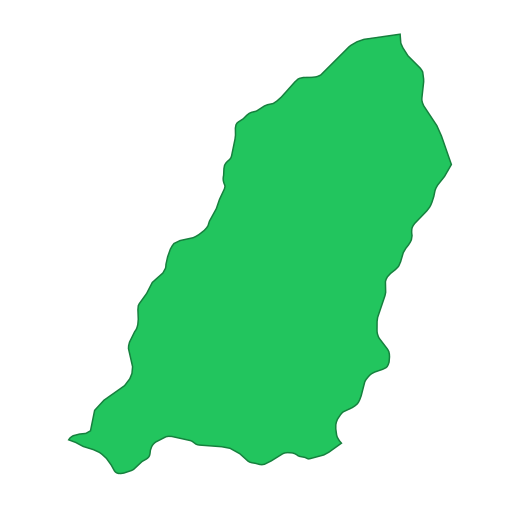 map outline of Lavalleja (Robinson projection), rotated 175°
{"feature_id": "URY-19", "entity_name": "Lavalleja", "entity_type": "Department", "adm_level": 1, "iso_a3": "URY", "parent_name": "Uruguay", "parent_adm1": "", "projection": "robinson", "projection_center": [-54.924, -33.979], "detail": "fine", "context": "isolated", "style": "filled", "palette": "green", "viewbox_px": 512, "rotation_deg": 175, "n_neighbors": 0, "source": "natural_earth", "source_scale": "10m", "svg_char_len": 2970}
<svg xmlns="http://www.w3.org/2000/svg" viewBox="0 0 512 512"><g transform="rotate(175 256 256)"><path d="M53.4,330.1L61.3,318.8L68.8,310.9L70.7,308.2L71.9,305.8L73.7,299.8L76.0,294.3L77.4,291.6L78.8,289.5L82.0,286.0L95.1,274.6L96.8,272.6L98.0,270.6L98.5,268.9L98.8,266.9L98.9,265.1L98.8,262.7L99.8,258.6L101.1,256.4L103.0,253.9L106.1,250.6L109.0,246.5L112.4,237.8L114.6,233.7L115.7,232.5L118.1,230.5L123.5,226.9L126.9,223.8L128.4,221.5L129.3,219.2L130.0,208.5L131.0,205.2L140.2,184.2L141.1,180.2L141.9,171.7L142.0,169.7L141.8,167.7L141.4,166.0L140.9,164.3L140.2,162.9L133.3,152.0L132.6,150.6L132.0,149.0L131.7,146.7L131.8,143.8L132.7,138.7L133.8,136.2L135.0,134.4L136.3,133.4L139.4,132.2L148.0,130.0L151.1,128.7L152.8,127.6L154.6,126.0L157.2,123.3L158.6,121.2L163.4,107.6L165.2,103.8L166.6,101.5L167.2,100.8L167.4,100.6L167.5,100.4L168.2,99.7L170.5,98.1L173.3,96.6L182.6,93.2L184.1,92.1L185.8,90.4L189.0,86.4L190.4,83.6L191.2,81.0L191.6,76.8L191.3,70.8L191.0,69.0L190.4,67.4L189.0,64.6L187.2,62.1L200.5,54.2L205.8,51.9L219.9,49.4L221.4,49.3L222.2,49.6L224.8,51.1L230.1,52.6L231.6,53.4L232.8,54.5L234.6,55.7L237.0,56.7L241.8,57.4L244.5,57.3L246.6,56.7L258.8,50.5L265.7,47.8L268.4,47.6L270.5,48.0L274.6,49.5L278.1,50.4L280.2,51.2L281.8,52.3L289.3,60.4L298.6,66.7L306.8,69.0L328.9,72.6L330.7,73.1L332.2,73.8L335.8,77.0L337.3,77.8L355.7,83.6L358.9,84.0L361.4,83.8L372.2,79.4L373.5,78.5L374.7,77.5L375.8,76.3L376.7,74.9L378.1,71.8L378.9,68.1L379.5,66.4L380.4,65.1L381.7,64.0L383.1,63.2L386.2,61.8L387.6,61.1L396.5,54.1L398.6,53.2L406.5,51.3L409.6,51.1L412.1,51.4L413.7,52.1L414.9,53.1L415.8,54.4L418.5,60.5L422.6,67.4L426.8,72.0L429.1,74.0L434.9,77.3L444.7,81.3L451.9,86.0L458.6,89.2L457.3,90.8L455.7,91.9L453.8,92.9L447.3,94.0L440.9,94.1L436.1,96.3L430.2,116.3L420.0,125.6L398.2,138.3L392.4,144.7L389.8,149.8L388.6,156.5L391.1,174.9L390.7,177.7L389.5,181.2L383.5,191.1L381.7,193.3L380.7,195.3L379.7,198.0L378.8,203.2L378.3,212.9L377.6,216.7L376.4,218.7L368.2,228.2L361.6,238.7L350.2,247.2L347.2,251.7L346.7,253.6L346.4,255.6L344.1,262.9L340.7,270.3L338.5,273.5L336.6,275.6L330.3,278.0L317.0,279.7L314.3,280.7L311.0,282.3L305.3,286.0L302.7,288.4L301.1,290.4L300.4,292.2L299.3,294.8L291.4,306.6L287.4,315.6L281.6,325.6L280.8,328.1L280.9,329.1L281.6,331.5L281.8,332.6L282.0,333.9L282.0,335.7L281.7,337.5L281.2,339.3L280.3,345.9L279.4,349.1L278.0,351.1L276.3,352.7L273.8,354.5L272.3,356.2L271.5,358.2L266.7,374.3L265.9,378.2L265.4,385.2L264.5,388.4L263.3,390.1L261.7,391.2L256.9,393.7L252.8,397.1L250.3,398.7L248.0,399.5L243.0,400.3L234.6,404.7L231.4,405.7L225.6,406.4L221.9,408.4L216.9,412.1L202.0,426.1L198.7,428.6L197.0,429.2L193.3,429.7L184.9,429.1L180.9,429.2L179.1,429.5L175.8,430.6L145.1,456.3L143.1,457.6L136.7,460.6L129.6,462.4L93.1,464.4L93.2,455.4L91.6,450.7L87.2,442.2L75.9,428.7L74.5,426.2L73.9,424.8L73.6,417.7L73.8,414.9L77.0,398.8L77.2,396.7L76.8,394.0L75.8,390.9L64.5,370.1L60.8,359.4L53.4,330.1Z" fill="#22c55e" stroke="#15803d" stroke-width="1.5"/></g></svg>